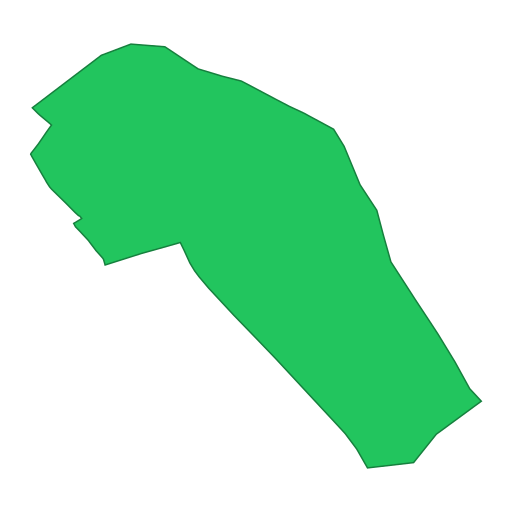 the district of Kesm Than Assuit, Asyut, Egypt
{"feature_id": "37247803B53748377361433", "entity_name": "Kesm Than Assuit", "entity_type": "district", "adm_level": 2, "iso_a3": "EGY", "parent_name": "Egypt", "parent_adm1": "Asyut", "projection": "robinson", "projection_center": [31.165, 27.193], "detail": "fine", "context": "isolated", "style": "filled", "palette": "green", "viewbox_px": 512, "rotation_deg": 0, "n_neighbors": 0, "source": "geoboundaries", "source_scale": "gbopen_adm2", "svg_char_len": 1309}
<svg xmlns="http://www.w3.org/2000/svg" viewBox="0 0 512 512"><path d="M481.3,401.2L469.7,388.7L455.0,362.0L438.1,334.3L429.6,321.3L415.0,299.2L412.0,294.5L390.9,261.9L383.3,234.9L376.8,210.3L360.0,184.7L359.8,184.2L359.6,183.7L344.1,146.3L333.6,129.2L308.0,115.4L304.6,113.5L289.0,106.2L275.6,99.2L263.2,92.6L241.4,81.1L221.8,76.1L198.1,68.9L164.9,46.8L130.9,44.1L101.3,55.3L32.4,107.7L32.3,107.8L38.0,113.5L40.0,115.3L43.1,117.9L50.6,124.2L50.7,124.4L50.9,124.6L51.5,125.1L49.8,127.4L46.3,132.3L44.0,135.7L38.3,144.0L36.2,146.7L34.3,149.2L32.8,151.1L31.0,153.4L30.8,153.9L30.7,154.5L31.3,155.2L31.6,156.0L32.5,157.6L36.0,163.8L41.3,173.0L42.5,175.1L45.1,179.5L46.5,182.1L49.6,186.9L51.5,189.1L57.1,194.6L65.0,202.3L75.1,212.5L78.5,215.6L79.2,215.9L79.9,216.2L81.0,217.6L81.4,218.0L81.7,218.5L79.9,219.7L74.0,223.2L73.9,223.3L73.7,223.4L75.5,226.8L79.7,231.1L83.4,235.1L86.6,238.5L88.5,240.6L90.4,243.2L95.5,249.9L95.8,250.4L97.1,251.8L101.9,257.2L103.0,258.5L103.4,259.2L103.7,260.0L105.1,265.0L141.3,253.5L154.2,249.9L180.3,242.5L184.0,250.1L189.9,263.0L194.6,270.8L199.1,276.8L208.8,288.3L233.7,315.1L254.8,336.9L275.4,358.3L289.2,373.2L320.3,406.7L337.5,425.2L345.2,433.6L356.7,449.0L367.5,467.9L413.6,462.6L417.1,458.2L436.3,434.2L481.3,401.2Z" fill="#22c55e" stroke="#15803d" stroke-width="1.5"/></svg>